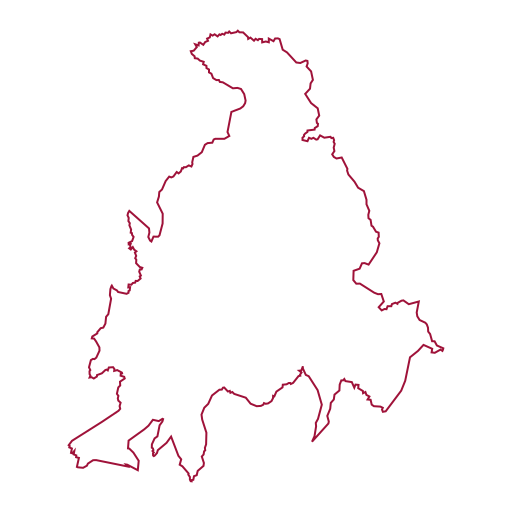 the district of San Jerónimo Xayacatlán, Puebla, Mexico
{"feature_id": "50627088B57891806628735", "entity_name": "San Jerónimo Xayacatlán", "entity_type": "district", "adm_level": 2, "iso_a3": "MEX", "parent_name": "Mexico", "parent_adm1": "Puebla", "projection": "robinson", "projection_center": [-97.931, 18.205], "detail": "fine", "context": "isolated", "style": "outline", "palette": "rose", "viewbox_px": 512, "rotation_deg": 0, "n_neighbors": 0, "source": "geoboundaries", "source_scale": "gbopen_adm2", "svg_char_len": 6008}
<svg xmlns="http://www.w3.org/2000/svg" viewBox="0 0 512 512"><path d="M418.8,301.5L408.8,304.2L403.4,300.4L401.5,300.7L397.6,302.9L397.4,303.8L395.4,302.7L391.9,304.1L391.3,306.2L387.6,306.2L386.5,309.2L384.5,309.0L381.7,310.4L378.7,307.2L383.8,301.5L381.3,294.0L378.0,294.2L374.2,292.7L359.9,283.6L356.3,283.7L353.3,280.1L353.6,270.8L359.6,268.7L362.0,263.3L364.6,263.1L368.6,264.6L376.8,252.3L379.4,243.3L377.8,240.3L377.7,238.5L378.8,236.8L378.6,232.6L376.0,231.7L373.0,226.7L371.5,225.7L370.6,219.9L368.5,218.2L368.3,214.8L369.3,210.8L366.5,204.3L366.5,199.8L363.9,191.1L358.1,187.7L354.5,181.7L348.4,174.5L347.1,170.6L347.4,168.8L341.7,157.5L336.5,158.5L333.8,156.9L332.2,154.3L334.4,151.1L333.7,147.6L334.7,143.8L333.6,141.9L334.1,140.2L333.2,137.8L331.4,138.1L330.5,136.8L324.3,137.7L320.1,135.4L317.6,139.3L316.2,139.6L313.4,137.8L311.4,138.8L309.0,137.8L307.5,141.2L302.5,140.0L302.5,137.7L304.1,136.3L303.9,135.1L305.1,133.6L307.4,132.0L307.5,130.5L314.6,129.6L314.8,128.0L317.7,126.2L318.0,123.8L316.9,122.9L316.4,119.4L319.2,115.6L317.7,108.3L311.1,103.1L305.2,93.9L310.0,88.7L310.6,83.4L312.9,79.9L311.1,71.4L306.6,66.5L307.7,63.3L307.4,60.9L305.7,60.5L300.3,63.0L296.3,62.5L287.0,52.4L282.7,49.7L279.6,39.1L277.9,38.4L275.1,38.5L273.5,41.2L268.8,38.6L268.8,42.3L265.8,41.5L262.2,42.4L262.1,39.1L259.1,38.9L257.9,40.2L255.6,38.8L254.0,40.7L250.4,37.6L248.2,38.9L248.0,37.1L243.1,32.4L239.4,32.3L237.8,30.7L236.4,32.1L231.0,33.3L229.2,31.5L228.2,32.8L225.5,32.6L224.3,34.6L222.2,33.8L220.6,35.0L219.4,34.4L217.6,36.4L214.6,34.3L212.6,35.6L210.5,34.4L209.8,37.4L207.1,38.6L208.0,40.8L205.2,42.0L203.3,44.8L199.9,42.5L198.8,42.7L198.6,45.4L195.2,44.3L196.8,47.1L193.7,50.7L190.8,51.2L191.8,53.9L194.6,56.3L194.8,58.2L197.7,58.6L199.9,60.6L203.7,61.8L203.1,64.3L206.4,65.8L206.5,68.1L209.0,69.5L209.0,72.4L211.4,73.7L213.1,78.1L216.4,80.1L218.9,80.0L219.8,81.9L222.8,82.3L232.9,88.3L237.5,87.9L241.0,89.0L244.2,94.1L245.6,100.6L245.1,103.2L243.2,106.3L240.3,108.5L231.4,111.9L227.5,132.0L229.3,136.0L224.4,138.8L215.3,138.8L213.7,139.5L212.3,142.7L207.6,143.1L204.9,144.8L201.8,152.2L197.5,155.6L193.4,156.9L192.2,162.3L192.5,164.0L191.4,166.5L188.8,165.4L185.9,167.2L183.8,167.2L183.1,168.4L182.1,168.1L180.8,171.5L178.6,173.4L176.7,172.0L173.4,176.5L171.3,177.4L169.2,176.6L165.7,181.0L162.0,189.5L159.3,192.0L158.9,196.6L157.1,202.4L162.7,213.7L162.6,223.5L159.5,235.3L158.1,236.7L153.5,236.6L151.4,241.5L150.1,240.6L148.3,237.0L149.4,232.6L149.0,228.4L129.3,210.9L128.1,212.9L127.5,215.3L128.7,217.9L128.4,221.1L129.8,223.2L129.4,225.3L131.1,229.5L130.7,232.7L131.9,233.1L132.1,234.9L133.6,236.9L132.1,241.1L128.6,242.8L128.7,244.1L130.3,243.1L130.8,243.7L130.0,245.2L130.6,247.1L129.2,248.3L130.8,249.5L132.8,247.1L134.2,249.7L136.4,251.3L134.9,252.6L136.2,255.9L135.2,258.2L136.3,259.7L136.1,263.2L139.8,267.0L142.3,267.8L141.6,269.4L139.8,269.5L139.2,271.7L140.9,275.6L139.7,276.4L140.6,278.5L137.6,281.0L135.7,280.9L135.2,282.6L132.8,283.0L131.4,284.7L128.6,284.5L128.3,287.4L130.1,287.2L129.7,290.4L128.5,291.1L128.5,292.8L126.6,293.8L118.1,292.0L116.9,290.4L113.4,288.5L111.8,285.6L111.4,286.2L110.4,289.1L109.9,295.2L111.1,298.7L108.3,314.2L106.1,316.8L105.4,323.6L103.3,327.6L100.7,328.2L97.3,332.2L97.3,333.4L92.3,336.5L91.8,338.4L94.1,338.6L96.1,341.5L99.4,347.4L99.5,350.7L96.3,357.6L94.5,359.1L92.9,358.9L90.9,360.1L89.0,367.3L90.3,370.1L89.5,371.2L89.6,374.2L90.4,375.6L89.6,377.5L91.5,377.2L93.8,378.5L96.9,376.5L97.0,375.1L101.9,373.3L105.4,370.0L106.7,369.6L107.8,370.4L108.8,367.5L113.1,367.2L114.4,369.0L114.2,370.9L117.2,370.1L121.9,372.6L122.1,373.4L120.8,373.8L120.6,375.7L124.2,376.8L124.7,378.5L120.0,381.7L120.2,385.5L118.3,387.4L116.9,393.8L118.4,395.9L117.8,398.3L118.3,400.6L120.6,402.7L119.6,406.1L120.2,408.8L118.5,410.8L101.9,421.9L72.0,440.8L68.7,445.2L69.7,446.0L69.3,447.4L71.9,448.5L71.0,452.9L72.4,453.3L74.3,451.0L73.7,454.4L76.3,455.4L76.1,457.2L78.9,457.9L76.9,466.9L77.8,467.3L83.1,467.8L86.9,465.7L87.9,463.6L93.1,460.2L96.1,460.1L127.7,466.5L126.0,464.5L127.3,464.7L137.8,470.2L138.7,460.8L133.4,452.6L129.3,448.6L128.0,448.4L128.6,440.6L144.3,429.3L148.5,425.7L152.9,419.8L158.8,421.1L162.5,418.8L163.1,419.1L162.4,421.5L159.6,425.3L157.4,436.4L154.6,438.4L151.9,444.3L151.8,447.7L152.9,448.4L153.4,450.1L152.5,451.0L153.8,452.5L153.0,453.3L153.1,455.5L153.8,456.1L154.8,455.5L157.0,453.0L157.8,450.2L166.5,442.9L171.1,436.6L178.4,455.8L181.2,459.3L179.7,464.7L182.4,466.3L188.6,473.5L188.3,474.6L189.9,477.0L189.9,479.6L190.7,481.2L191.6,481.3L191.5,480.1L193.3,479.8L194.0,476.2L196.7,475.2L197.7,470.9L203.5,465.9L203.9,463.0L201.8,456.5L203.6,454.5L204.1,451.3L205.2,450.4L204.9,447.8L206.1,444.4L206.4,432.7L202.2,419.6L201.5,414.6L204.3,407.7L208.2,403.9L212.0,395.5L219.4,389.7L221.8,389.6L223.0,387.7L224.2,387.5L227.9,391.5L229.8,390.9L230.4,392.8L232.3,392.0L234.2,393.9L245.8,397.7L250.6,403.7L256.7,406.2L260.9,405.9L263.3,404.7L264.0,403.1L265.7,403.8L268.1,403.4L271.5,401.1L273.0,398.2L273.1,395.9L274.3,396.4L276.4,391.6L282.5,387.4L282.8,384.7L286.6,384.3L288.8,383.0L290.2,383.0L290.8,384.0L293.1,382.9L298.5,376.1L300.3,375.7L300.0,374.7L301.5,372.6L299.2,370.7L301.3,370.5L302.9,366.3L302.8,368.3L305.8,374.9L308.7,376.2L317.6,390.1L321.8,404.7L318.0,418.9L315.8,422.9L316.1,426.3L314.5,436.2L312.0,441.7L328.4,423.5L328.8,421.6L327.3,415.9L330.2,408.8L330.8,402.9L333.8,399.5L334.5,394.6L339.4,390.5L339.7,384.6L341.3,380.4L343.0,380.4L344.3,379.0L345.4,381.1L351.8,382.1L354.3,387.7L355.5,384.6L358.5,384.9L358.2,388.2L362.9,391.0L363.1,393.2L365.4,392.0L366.4,394.9L369.4,396.5L367.6,399.5L370.6,399.8L371.7,404.6L373.9,406.2L380.4,406.6L382.8,407.8L382.0,409.6L382.9,411.8L385.7,411.3L401.2,390.7L405.2,380.8L410.0,357.3L418.0,350.9L423.5,344.9L432.2,348.8L431.6,352.4L434.8,352.8L440.5,349.6L442.4,350.9L443.0,349.6L443.3,348.3L436.9,345.5L434.6,341.3L432.1,341.2L430.1,334.0L428.2,331.6L428.0,327.7L426.8,324.4L425.3,322.7L419.6,320.0L417.3,316.3L416.7,312.5L418.8,301.5Z" fill="none" stroke="#9f1239" stroke-width="2"/></svg>